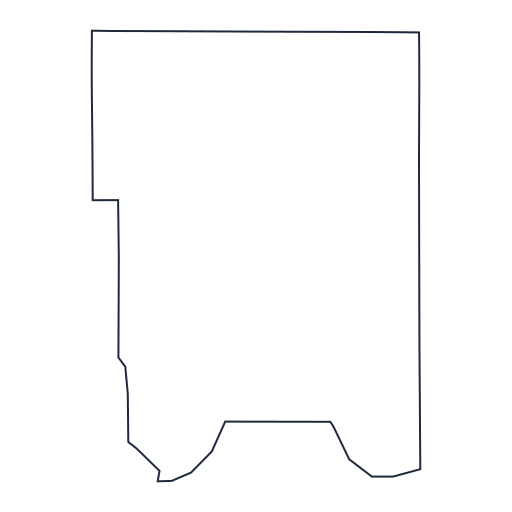 the district of Ramsey, Minnesota, United States of America
{"feature_id": "52423323B15495736799264", "entity_name": "Ramsey", "entity_type": "district", "adm_level": 2, "iso_a3": "USA", "parent_name": "United States of America", "parent_adm1": "Minnesota", "projection": "orthographic", "projection_center": [-93.118, 45.006], "detail": "fine", "context": "isolated", "style": "outline", "palette": "slate", "viewbox_px": 512, "rotation_deg": 0, "n_neighbors": 0, "source": "geoboundaries", "source_scale": "gbopen_adm2", "svg_char_len": 589}
<svg xmlns="http://www.w3.org/2000/svg" viewBox="0 0 512 512"><path d="M370.7,32.0L254.7,31.6L144.4,31.1L112.1,31.0L91.9,30.7L91.7,64.1L91.8,90.4L92.4,144.2L92.4,150.7L92.6,173.0L92.7,200.2L118.1,200.1L118.8,256.4L118.7,291.0L118.4,357.5L125.3,366.7L127.8,393.9L128.3,442.0L136.8,448.7L159.5,470.9L157.7,481.3L171.7,480.9L191.0,472.6L211.8,451.5L225.2,421.6L330.2,421.8L333.1,425.9L349.2,459.3L371.9,476.6L393.0,476.6L420.3,469.2L419.4,338.3L419.3,291.8L419.1,212.8L419.1,203.2L419.0,158.6L419.3,83.6L419.2,47.1L419.0,32.4L370.7,32.0Z" fill="none" stroke="#1e293b" stroke-width="2"/></svg>